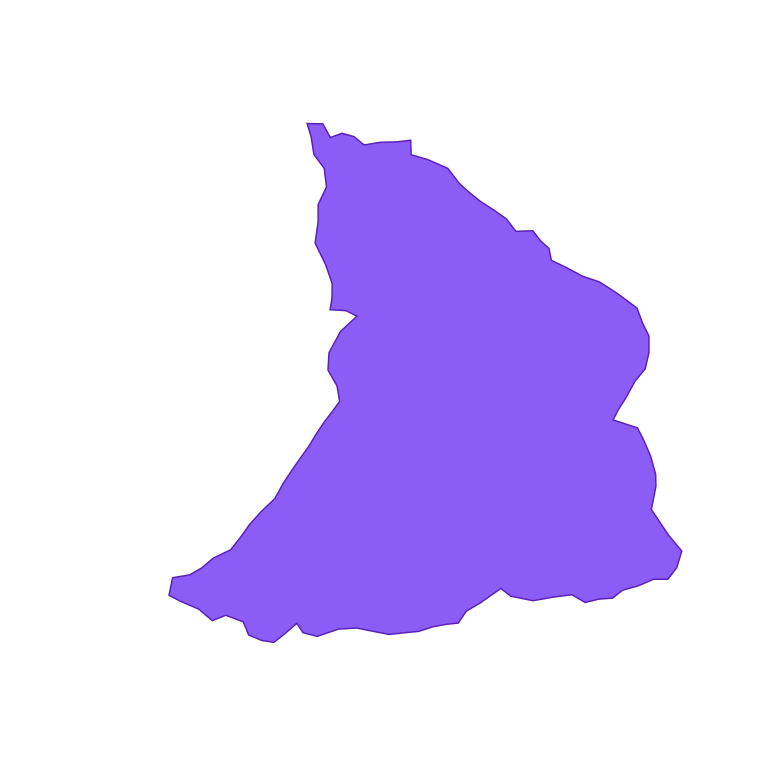 Monções, São Paulo, Brazil (Albers equal-area conic projection), rotated 73°
{"feature_id": "56859067B71559217874088", "entity_name": "Monções", "entity_type": "district", "adm_level": 2, "iso_a3": "BRA", "parent_name": "Brazil", "parent_adm1": "São Paulo", "projection": "albers", "projection_center": [-50.083, -20.875], "detail": "fine", "context": "isolated", "style": "filled", "palette": "violet", "viewbox_px": 768, "rotation_deg": 73, "n_neighbors": 0, "source": "geoboundaries", "source_scale": "gbopen_adm2", "svg_char_len": 1538}
<svg xmlns="http://www.w3.org/2000/svg" viewBox="0 0 768 768"><g transform="rotate(73 384 384)"><path d="M112.4,381.4L125.9,381.4L144.1,383.9L160.4,378.1L178.7,381.4L193.3,394.6L209.7,399.6L229.1,408.7L253.0,404.9L272.9,404.2L286.8,408.7L297.2,413.8L302.7,399.1L311.2,390.0L320.9,410.0L337.9,427.4L354.3,433.5L372.0,429.5L387.6,431.5L395.5,441.9L402.3,451.5L411.8,463.2L421.7,474.3L435.7,492.5L449.6,509.5L461.7,521.9L470.2,538.9L479.2,553.8L489.2,566.8L497.7,579.2L500.5,597.9L506.7,612.4L509.7,625.8L507.4,642.8L523.2,651.4L532.9,641.5L545.0,627.1L560.1,617.4L558.9,603.0L570.3,588.1L584.5,586.8L593.5,575.9L598.9,564.8L594.0,552.3L587.4,537.4L598.2,534.1L605.8,521.7L605.1,499.1L609.4,481.4L617.7,466.0L625.0,452.3L628.1,436.1L630.7,423.2L630.5,408.2L631.9,395.6L634.3,382.9L625.3,371.7L621.5,356.0L613.7,332.0L623.9,324.9L634.8,304.9L637.4,283.8L640.5,265.9L651.8,255.5L652.5,241.6L655.6,228.1L650.9,216.2L651.4,200.0L649.5,183.3L653.7,169.6L645.2,157.7L630.8,148.1L612.3,155.9L582.2,165.0L561.4,153.9L549.8,150.6L531.1,150.1L513.3,152.1L500.1,154.4L485.4,175.4L477.1,167.5L468.4,157.2L454.6,143.0L445.9,129.8L431.4,121.4L415.6,116.6L401.6,118.9L385.3,119.9L365.6,134.4L349.5,148.0L339.1,162.5L325.6,175.9L314.7,187.8L302.6,186.6L292.9,192.4L280.9,196.9L276.6,213.2L261.9,218.7L249.8,228.1L237.5,238.5L224.3,247.4L213.9,253.5L196.4,260.0L182.4,276.3L172.7,291.0L158.7,287.2L156.1,301.4L151.9,316.3L149.5,333.3L138.6,340.4L132.0,350.8L132.5,363.2L117.3,366.5L112.4,381.4Z" fill="#8b5cf6" stroke="#5b21b6" stroke-width="1.5"/></g></svg>